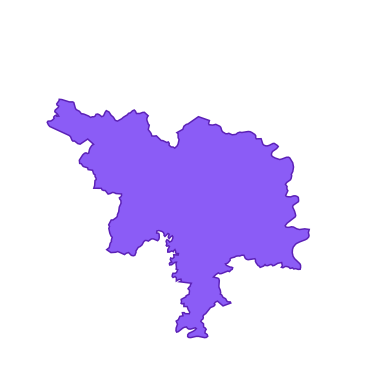 outline of Campos Novos, Santa Catarina, Brazil, rotated 246°
{"feature_id": "56859067B83022570879556", "entity_name": "Campos Novos", "entity_type": "district", "adm_level": 2, "iso_a3": "BRA", "parent_name": "Brazil", "parent_adm1": "Santa Catarina", "projection": "equal_earth", "projection_center": [-51.278, -27.42], "detail": "fine", "context": "isolated", "style": "filled", "palette": "violet", "viewbox_px": 384, "rotation_deg": 246, "n_neighbors": 0, "source": "geoboundaries", "source_scale": "gbopen_adm2", "svg_char_len": 6041}
<svg xmlns="http://www.w3.org/2000/svg" viewBox="0 0 384 384"><g transform="rotate(246 192 192)"><path d="M250.2,237.0L258.2,228.5L255.8,216.0L256.1,214.3L255.4,211.4L253.0,209.1L252.4,202.3L251.0,203.0L247.2,201.4L245.1,201.5L241.4,198.7L240.2,197.2L239.1,194.1L240.8,193.0L241.6,191.3L244.1,190.1L245.7,191.0L247.4,190.7L247.5,189.1L250.8,186.3L251.6,184.8L257.8,182.3L258.6,179.8L259.7,178.0L261.3,178.4L263.2,178.3L266.8,177.4L270.5,180.2L271.6,179.7L275.9,180.0L277.3,180.5L278.7,181.8L279.4,183.0L284.2,180.9L284.8,179.2L284.9,176.3L286.3,173.2L288.8,173.2L290.4,172.6L290.4,170.7L289.4,167.9L289.7,166.1L288.8,164.2L288.2,159.7L287.5,157.6L287.1,152.7L288.6,151.1L292.3,150.6L295.1,149.3L298.9,148.7L301.2,146.8L300.2,145.1L297.6,142.2L297.5,140.2L300.1,138.9L301.6,137.6L302.0,135.9L300.8,134.5L300.6,132.9L301.3,131.5L301.3,129.8L303.5,128.4L306.7,125.4L307.8,124.1L308.4,122.8L311.5,122.0L314.3,119.8L315.9,119.5L321.8,120.4L322.8,119.7L324.2,116.6L329.4,110.7L330.7,108.4L329.6,107.8L327.5,104.2L326.2,104.1L324.7,105.2L323.7,104.3L322.4,100.2L321.1,99.3L318.2,100.7L315.5,101.1L316.2,99.3L317.5,99.2L317.4,97.5L316.7,96.1L315.3,95.9L314.5,93.8L314.3,91.8L315.3,89.3L314.6,88.1L311.9,88.1L309.7,88.7L293.6,102.8L292.0,103.5L288.3,103.4L286.9,103.9L286.4,105.4L282.6,107.4L281.2,109.3L282.8,118.3L275.6,121.5L275.3,119.5L273.8,117.0L272.5,115.6L269.5,113.4L269.7,112.0L270.9,111.1L271.1,109.5L270.3,107.2L266.9,102.0L263.8,101.0L262.8,102.4L260.2,102.8L259.2,103.4L256.6,106.5L254.7,106.2L252.3,110.0L248.6,109.5L247.2,110.4L245.4,109.7L243.6,110.0L242.3,109.5L242.0,108.1L237.4,105.6L235.4,103.8L232.2,110.7L230.6,110.7L229.4,111.8L228.6,113.4L224.2,114.5L223.8,116.9L224.0,119.0L223.1,120.6L221.5,121.9L218.9,126.8L217.4,126.2L216.5,124.9L216.3,123.3L215.0,123.1L213.2,123.6L210.6,122.6L207.9,119.5L203.8,117.0L201.8,114.8L200.2,113.9L199.5,112.7L198.6,108.5L199.3,106.8L195.9,102.5L194.0,102.6L192.6,101.2L187.9,100.2L184.9,100.1L183.1,100.7L180.8,98.7L179.6,98.3L178.4,96.4L174.9,93.8L174.0,90.6L169.6,93.3L168.0,97.7L167.8,100.0L162.3,104.9L162.8,107.0L162.5,109.4L158.8,110.8L157.6,112.4L157.4,114.0L159.6,116.3L160.9,116.8L163.3,120.4L163.3,122.4L164.0,124.8L166.3,127.8L166.8,129.5L165.9,131.2L164.9,132.1L165.6,135.8L165.0,137.5L161.5,140.8L162.3,142.5L163.6,143.5L166.5,144.7L167.8,144.8L168.9,143.0L170.7,144.1L170.3,146.0L168.1,148.6L166.6,149.4L164.9,149.4L163.7,148.8L162.4,149.2L163.9,153.2L162.7,154.0L160.9,152.2L159.9,151.8L158.7,152.3L159.7,154.2L160.0,156.2L158.9,156.3L157.7,155.8L155.5,153.4L155.4,151.2L157.4,150.8L158.6,149.7L157.6,148.3L154.8,147.9L153.7,146.7L152.7,147.0L152.4,148.8L151.3,149.2L149.2,146.4L147.0,145.4L146.3,146.8L146.4,149.6L145.0,150.7L145.9,151.6L146.4,153.0L144.5,153.0L143.1,152.2L142.1,153.0L141.3,154.6L140.0,153.7L142.2,149.8L139.6,149.0L139.1,146.9L140.4,145.7L139.2,144.7L136.2,145.0L136.5,143.3L135.8,142.2L134.4,141.9L133.8,143.8L134.7,147.9L134.2,149.3L133.0,148.2L129.2,147.0L128.0,146.1L126.9,147.4L124.9,145.3L124.5,143.8L125.5,141.6L124.2,140.2L122.9,139.5L121.6,139.9L121.6,142.2L120.0,142.8L117.1,141.5L117.5,144.3L116.9,146.5L115.3,146.2L115.1,144.1L108.9,154.3L107.8,152.8L106.6,151.9L106.1,150.3L105.2,149.0L103.9,149.6L102.7,149.5L99.8,147.8L99.6,144.4L98.7,143.8L98.3,138.4L95.8,137.7L94.8,136.7L93.8,137.4L93.4,139.3L90.7,138.0L89.3,141.0L86.1,140.7L83.2,141.1L81.9,139.9L83.7,136.3L85.0,135.8L85.7,134.1L82.6,133.4L83.3,130.3L80.9,127.6L80.5,125.0L77.1,125.0L74.2,122.2L71.7,120.9L70.2,121.0L70.0,122.7L71.4,128.2L71.5,130.0L70.9,132.1L69.4,132.4L68.1,133.3L67.3,134.9L66.6,139.8L65.5,140.4L64.8,138.9L64.3,136.7L64.2,131.6L63.3,130.0L61.6,129.2L60.4,129.9L59.5,131.6L58.4,137.1L57.5,139.2L53.8,144.3L53.3,146.0L53.8,147.7L55.6,147.9L58.0,146.5L59.8,147.6L60.7,149.1L62.3,148.8L64.0,147.7L66.9,148.9L70.1,147.4L71.0,148.3L71.6,150.4L72.8,151.3L74.1,151.5L75.0,153.0L75.3,155.0L78.9,161.9L78.8,165.4L79.6,167.1L80.9,166.9L81.9,168.6L81.9,170.9L75.3,174.0L74.8,182.3L76.0,182.3L76.9,180.4L78.1,179.5L80.8,179.3L83.2,177.5L86.1,177.2L87.2,176.3L88.2,177.2L90.8,177.9L93.9,177.9L95.3,178.4L99.9,180.9L101.6,181.2L102.8,180.6L105.6,177.0L106.8,180.0L107.4,183.2L106.0,184.1L105.5,185.7L105.2,192.6L104.0,193.9L104.8,195.6L105.0,197.3L106.3,198.4L107.2,197.6L108.0,196.2L111.0,193.6L112.7,193.3L112.5,195.6L114.0,199.0L115.3,199.5L115.8,201.0L115.2,204.2L115.4,206.2L114.8,208.3L114.1,209.5L114.0,211.7L113.1,213.7L109.8,213.7L108.5,214.3L107.3,215.7L105.5,222.3L104.2,222.4L102.7,221.7L100.8,221.8L98.1,222.4L96.9,223.3L95.4,223.6L95.2,227.4L96.0,229.2L94.7,229.6L93.9,231.3L93.9,233.9L93.3,235.3L91.8,235.7L91.5,237.3L92.0,241.4L91.1,245.2L87.8,244.5L86.9,243.0L85.8,244.3L86.1,246.8L85.3,248.4L84.1,249.8L82.2,250.6L81.8,253.0L80.3,253.6L79.8,255.6L78.1,257.5L77.4,259.4L79.0,260.6L81.0,261.4L82.5,261.4L89.4,258.6L92.2,258.2L95.7,258.9L98.6,260.4L100.5,262.1L102.1,265.2L102.5,266.7L102.6,270.2L102.3,276.2L102.5,278.2L103.5,280.4L104.8,281.3L107.6,281.8L110.1,283.9L112.5,280.0L114.0,274.9L115.8,272.7L118.7,270.5L119.8,268.7L120.2,266.4L121.1,264.4L122.1,263.4L123.4,263.5L124.9,266.3L127.3,276.2L128.2,277.1L129.9,277.5L132.9,277.9L137.4,277.8L138.7,279.0L139.9,285.3L141.2,286.1L143.8,286.9L144.8,286.5L145.8,285.6L146.6,284.6L147.2,283.0L147.4,280.2L148.5,278.0L149.6,276.4L150.8,276.2L154.2,280.1L155.7,279.9L157.2,280.3L158.3,281.1L161.1,280.5L162.2,282.5L163.1,286.9L164.2,288.2L166.3,289.7L167.7,289.9L169.7,292.4L173.5,294.9L177.7,295.9L183.3,295.2L184.5,294.4L185.3,292.4L185.6,287.4L186.0,285.3L189.2,281.8L191.4,280.1L192.9,279.5L194.5,280.1L195.8,281.3L196.4,282.6L197.2,286.9L198.4,289.3L199.7,289.0L202.9,287.0L203.4,285.8L203.2,281.6L203.5,279.5L204.2,278.1L205.6,276.7L207.1,276.2L212.6,276.8L214.4,272.4L215.9,272.3L217.3,273.1L219.0,272.8L222.0,270.9L223.4,269.7L224.4,268.0L226.1,261.7L227.2,260.1L227.4,257.6L226.8,255.6L227.9,252.0L230.7,249.5L230.9,247.8L231.6,246.4L234.6,244.4L236.2,244.2L239.4,244.6L240.8,244.1L244.1,241.3L244.7,238.1L246.5,235.0L248.0,235.1L250.2,237.0Z" fill="#8b5cf6" stroke="#5b21b6" stroke-width="1.5"/></g></svg>